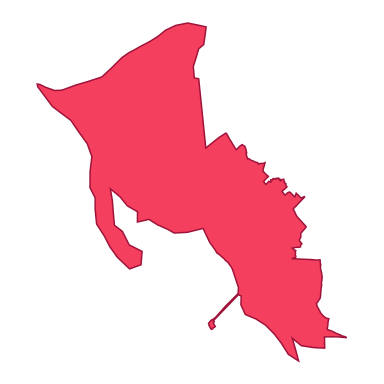 the district of Toliary-I, Atsimo-Andrefana, Madagascar
{"feature_id": "10022922B36331574429859", "entity_name": "Toliary-I", "entity_type": "district", "adm_level": 2, "iso_a3": "MDG", "parent_name": "Madagascar", "parent_adm1": "Atsimo-Andrefana", "projection": "mercator", "projection_center": [43.678, -23.343], "detail": "fine", "context": "isolated", "style": "filled", "palette": "rose", "viewbox_px": 384, "rotation_deg": 0, "n_neighbors": 0, "source": "geoboundaries", "source_scale": "gbopen_adm2", "svg_char_len": 4955}
<svg xmlns="http://www.w3.org/2000/svg" viewBox="0 0 384 384"><path d="M346.8,337.7L344.9,336.6L342.7,336.1L340.2,334.9L338.3,334.1L336.4,333.4L334.6,332.5L333.2,331.8L331.9,331.1L330.1,330.5L328.6,329.9L327.2,329.4L327.3,328.2L327.6,326.7L327.8,325.5L327.9,324.7L327.9,323.7L328.0,323.0L328.1,322.1L328.3,321.0L328.5,319.8L328.9,318.8L327.2,318.4L325.7,317.8L323.9,316.5L323.1,315.7L322.2,314.7L321.2,313.6L320.2,312.1L319.5,310.5L318.8,309.5L318.4,308.3L317.8,307.6L317.2,306.3L316.8,304.8L316.3,303.5L317.0,302.9L317.9,301.8L318.5,300.7L319.3,299.6L320.0,298.5L320.3,297.3L320.5,296.4L320.6,295.3L320.6,294.4L320.7,292.9L320.9,291.8L321.0,290.4L321.0,289.0L321.2,287.9L321.4,286.9L321.6,285.8L321.6,285.0L321.6,284.7L321.5,283.9L321.5,283.7L321.5,283.2L321.5,282.0L321.6,281.1L322.0,280.1L322.0,279.0L322.0,278.2L322.2,277.0L322.1,276.1L321.7,275.3L321.8,274.3L321.6,273.5L321.6,272.4L321.1,271.4L320.9,269.8L320.4,268.4L320.5,267.1L320.6,266.0L320.3,264.8L320.8,264.4L320.2,262.9L320.2,260.0L319.1,259.8L318.3,260.0L316.3,260.1L314.3,259.8L312.6,259.7L310.9,259.5L309.1,259.5L291.7,258.7L293.3,258.2L294.2,258.0L294.6,257.6L295.3,257.4L295.8,257.1L295.9,256.1L295.6,255.7L295.2,254.9L295.3,254.2L295.5,253.8L295.6,253.1L295.3,252.4L295.4,251.4L295.8,250.6L295.1,250.3L294.1,249.9L292.3,248.1L293.1,247.8L294.2,247.8L295.4,247.5L296.6,247.3L298.6,247.3L300.5,246.9L300.5,246.1L300.6,245.0L301.6,244.1L301.9,243.8L299.2,240.3L300.8,237.1L300.8,233.1L301.9,232.1L302.8,231.0L303.6,230.0L305.1,228.5L305.9,227.0L306.2,226.8L304.7,225.0L297.2,216.8L296.8,216.3L296.4,215.5L295.8,214.3L295.6,213.9L294.7,211.9L293.9,210.4L293.2,209.0L294.4,207.7L296.3,205.8L299.1,202.7L300.5,201.4L302.1,199.6L304.6,197.1L304.3,196.6L303.7,196.8L303.0,197.2L301.5,197.9L300.8,197.7L299.7,196.7L299.1,196.0L298.5,195.4L297.5,194.5L296.6,193.5L296.2,193.2L295.9,194.1L295.1,196.4L294.8,196.9L294.0,196.3L293.5,195.7L291.0,193.1L289.7,192.0L289.1,192.3L288.7,192.3L288.1,192.5L287.1,193.1L286.5,193.7L285.8,194.5L285.0,195.1L282.2,191.6L282.1,191.4L286.1,187.7L287.0,186.8L286.6,186.4L286.3,185.9L285.8,185.1L286.0,183.9L285.9,183.6L285.1,183.2L284.4,182.7L284.4,182.2L284.6,181.8L284.1,181.3L284.1,180.8L283.7,179.2L282.9,179.4L282.1,179.5L281.0,180.4L280.9,180.5L280.8,180.1L280.4,179.6L280.0,180.2L279.7,179.7L279.5,179.4L279.4,179.8L279.1,179.8L278.9,179.3L278.7,178.6L278.6,178.1L277.9,178.3L277.5,178.4L277.1,178.5L276.3,178.9L276.1,178.3L275.5,178.7L275.2,178.7L274.6,178.8L273.0,178.6L272.9,178.8L272.7,180.0L270.8,179.8L271.2,181.8L270.8,182.1L270.5,181.9L269.1,181.4L268.7,181.3L267.4,183.0L267.0,183.3L265.9,184.4L265.4,183.9L264.8,183.1L264.0,182.0L263.6,181.6L264.4,180.6L265.1,179.8L266.9,177.9L268.4,176.5L268.1,176.1L267.6,175.6L267.3,175.7L266.1,174.4L264.1,172.3L263.6,171.8L262.9,171.5L262.9,171.0L263.6,167.8L264.8,163.7L265.0,163.0L265.0,162.6L264.5,162.9L263.9,163.2L262.5,163.4L261.8,163.4L260.3,163.5L259.5,163.7L258.7,164.2L258.2,164.0L258.0,162.9L256.8,162.3L256.0,162.5L253.5,161.1L251.6,160.4L250.8,160.1L249.9,159.5L249.2,158.9L248.9,158.6L248.3,158.9L247.5,158.9L247.3,157.8L246.9,156.6L246.6,155.7L246.4,154.6L245.8,153.3L246.7,152.9L246.3,151.0L245.8,148.6L245.2,147.7L245.1,146.7L243.9,145.7L242.8,145.0L242.2,144.6L240.8,145.5L239.2,146.7L237.2,148.9L236.2,149.7L234.9,147.7L232.5,143.8L230.6,140.6L229.3,138.8L228.4,136.8L226.7,133.8L225.9,133.1L219.2,137.3L205.8,148.0L201.0,101.0L198.7,78.8L194.3,77.9L193.3,66.6L196.4,56.7L198.7,48.8L203.7,44.6L205.1,35.2L206.1,26.9L200.3,25.6L187.7,23.0L175.8,25.4L165.7,30.1L157.9,36.4L150.1,41.3L140.8,46.2L134.3,49.9L129.2,52.5L121.9,57.6L111.8,67.7L101.9,76.9L98.1,78.2L88.3,81.4L75.7,85.1L61.8,90.2L54.6,90.5L45.6,87.3L39.9,84.5L37.2,84.0L37.7,86.7L52.4,106.5L61.8,113.6L70.9,120.4L79.7,133.3L87.2,143.6L91.9,156.6L90.1,171.2L90.0,187.7L95.2,198.0L95.1,208.7L96.6,224.0L104.4,236.2L109.8,246.7L117.3,257.2L129.6,268.9L141.0,264.8L142.1,251.4L129.2,244.9L122.4,231.4L114.4,225.2L113.4,213.7L112.4,200.9L110.4,188.8L120.0,196.8L127.4,205.9L137.5,211.7L137.4,222.0L148.9,219.4L157.5,224.8L167.6,229.3L174.2,233.0L178.7,232.8L187.4,232.3L197.5,229.8L203.1,228.4L204.2,230.8L209.0,240.9L210.1,243.0L211.5,244.8L213.1,247.1L215.1,249.8L216.8,252.9L219.7,254.8L221.9,256.9L224.0,258.6L225.7,260.7L227.7,262.1L229.2,264.2L230.4,265.8L231.1,266.7L232.4,269.2L238.5,287.6L238.1,293.6L225.4,306.3L214.8,318.2L214.4,318.2L212.4,320.0L212.0,319.7L211.3,320.4L211.2,320.3L210.4,321.0L209.9,321.7L208.5,323.4L209.3,325.1L209.0,325.5L210.5,328.2L211.4,329.4L212.9,328.6L212.9,328.1L215.3,326.6L213.3,323.0L214.3,321.7L213.6,320.5L238.5,294.6L238.7,294.8L239.1,294.9L239.5,295.2L240.2,295.5L240.6,295.7L240.8,295.9L241.2,296.1L240.9,304.8L245.3,314.5L256.2,319.1L261.6,322.6L265.6,325.2L274.2,333.9L280.0,341.4L281.3,343.2L284.9,348.9L288.4,354.4L298.6,361.0L295.6,349.7L292.3,338.2L301.3,345.7L313.7,347.6L324.7,348.1L324.5,336.9L336.7,336.8L346.8,337.7Z" fill="#f43f5e" stroke="#9f1239" stroke-width="1.5"/></svg>